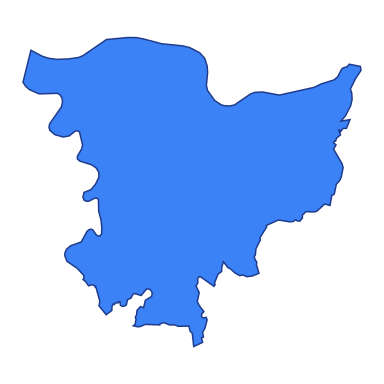 the district of Limerick City West Lea-7, Limerick, Ireland
{"feature_id": "5873133B63179188649411", "entity_name": "Limerick City West Lea-7", "entity_type": "district", "adm_level": 2, "iso_a3": "IRL", "parent_name": "Ireland", "parent_adm1": "Limerick", "projection": "mercator", "projection_center": [-8.718, 52.624], "detail": "fine", "context": "isolated", "style": "filled", "palette": "blue", "viewbox_px": 384, "rotation_deg": 0, "n_neighbors": 0, "source": "geoboundaries", "source_scale": "gbopen_adm2", "svg_char_len": 2900}
<svg xmlns="http://www.w3.org/2000/svg" viewBox="0 0 384 384"><path d="M200.0,53.1L199.5,52.7L198.0,51.9L193.9,49.7L189.4,47.5L182.7,45.9L161.4,43.7L144.2,39.1L136.3,37.6L128.1,37.5L106.5,39.5L83.2,55.5L78.5,57.5L68.0,59.0L65.9,59.0L57.0,59.4L52.1,58.7L49.9,58.5L47.7,58.0L42.4,56.3L30.9,50.3L23.0,82.2L25.5,86.1L29.4,89.6L39.1,93.9L57.5,93.3L60.3,95.1L62.1,98.5L62.5,102.2L61.3,107.1L49.7,123.7L49.0,127.2L49.8,130.3L54.7,134.6L63.2,137.0L69.2,135.9L75.4,131.0L77.3,130.8L79.5,131.9L82.6,145.2L81.6,149.0L77.4,156.1L77.4,159.0L80.0,161.2L91.6,164.8L96.2,168.0L98.8,172.3L98.9,177.3L95.5,184.2L90.9,189.7L84.0,192.4L82.9,197.1L84.1,200.2L86.6,201.3L89.2,201.1L94.9,198.0L97.2,198.3L98.4,199.6L98.7,211.3L101.0,219.9L101.8,227.5L101.6,233.9L100.1,235.8L97.9,235.9L96.2,234.7L92.8,229.8L91.2,229.2L89.0,229.7L87.1,231.3L81.2,242.0L70.7,245.7L66.5,249.2L64.9,253.0L64.8,255.7L66.9,261.3L77.3,268.4L83.7,275.4L84.0,277.8L83.0,279.6L85.6,281.5L88.5,285.8L92.2,284.7L95.6,286.3L95.1,287.0L96.1,287.8L99.8,301.2L99.0,305.9L106.2,314.7L111.9,310.4L111.9,306.9L113.4,303.8L114.5,304.4L115.3,303.0L118.3,302.8L118.4,301.8L119.9,301.6L120.5,305.4L122.3,306.4L124.8,305.9L126.4,305.0L127.4,299.8L131.0,298.1L133.2,293.9L135.1,293.7L141.1,295.5L146.8,288.8L150.2,289.5L152.2,292.6L151.7,296.4L145.4,300.2L143.6,307.5L140.4,306.6L137.0,310.4L136.6,314.7L135.3,317.2L136.0,319.2L135.2,324.2L133.3,325.8L137.6,326.8L140.4,326.5L145.3,324.4L159.8,324.9L160.0,323.9L163.7,322.6L169.5,324.9L175.0,324.9L178.0,326.3L188.9,326.1L190.1,331.1L192.3,333.4L193.7,346.5L202.6,342.3L201.5,337.8L203.5,337.0L202.6,332.4L205.0,328.1L207.1,319.9L206.2,317.3L203.2,318.0L201.5,316.4L201.7,314.0L203.9,311.6L199.2,305.5L197.3,301.4L199.2,292.6L196.1,286.1L197.9,282.5L197.6,278.7L198.3,277.7L200.0,276.4L214.0,286.4L215.2,284.3L214.4,283.2L218.1,274.1L221.6,271.5L221.8,267.0L223.4,261.8L228.1,267.8L230.2,268.6L234.9,272.9L239.6,275.6L243.3,275.0L246.6,276.7L252.4,276.0L259.0,273.3L256.4,264.7L256.8,262.3L254.8,259.0L254.3,256.1L255.3,255.1L256.0,248.7L260.4,239.8L259.8,238.0L266.7,226.9L266.3,225.4L278.5,220.0L289.3,221.8L293.0,221.6L295.7,219.8L297.3,220.9L300.0,221.1L302.4,218.0L302.4,215.2L306.0,211.6L314.0,212.0L317.0,211.1L324.7,204.0L330.0,205.5L331.9,195.0L333.5,194.8L334.4,193.6L336.3,184.3L339.3,181.0L341.3,177.1L343.1,167.6L342.0,163.6L333.6,149.2L336.0,144.8L333.5,142.7L334.3,141.2L335.6,141.1L336.5,138.2L340.5,134.9L338.7,130.2L339.4,129.8L340.3,132.1L343.1,128.4L346.4,128.4L350.0,119.6L341.1,121.1L345.6,115.6L350.7,105.7L352.1,99.4L351.7,92.9L350.4,89.0L355.6,78.5L361.0,70.4L360.4,66.4L349.2,64.2L347.3,66.7L343.6,67.7L341.7,69.0L337.7,76.8L334.0,79.9L321.0,84.0L314.4,87.3L279.4,95.1L262.5,92.0L254.8,92.4L250.4,94.0L234.4,105.0L229.5,106.0L224.2,105.7L221.2,104.8L214.7,100.5L207.5,90.4L206.4,85.3L207.6,72.7L207.2,66.2L204.8,58.5L200.0,53.1Z" fill="#3b82f6" stroke="#1e3a8a" stroke-width="1.5"/></svg>